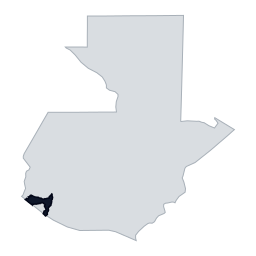 Retalhuleu, Retalhuleu, Guatemala shown in context
{"feature_id": "79465075B31149940203077", "entity_name": "Retalhuleu", "entity_type": "district", "adm_level": 2, "iso_a3": "GTM", "parent_name": "Guatemala", "parent_adm1": "Retalhuleu", "projection": "albers", "projection_center": [-91.907, 14.391], "detail": "fine", "context": "in_parent", "style": "filled", "palette": "ink", "viewbox_px": 256, "rotation_deg": 0, "n_neighbors": 0, "source": "geoboundaries", "source_scale": "gbopen_adm2", "svg_char_len": 5125}
<svg xmlns="http://www.w3.org/2000/svg" viewBox="0 0 256 256"><path d="M21.6,196.4L23.0,195.0L24.2,191.7L25.6,188.4L24.7,184.5L24.2,181.4L25.8,176.8L25.7,173.3L26.5,171.2L28.9,169.9L30.2,167.2L23.3,158.2L23.3,156.2L24.2,153.6L29.8,144.0L36.4,132.6L43.7,119.9L48.1,112.3L64.2,112.3L74.8,112.3L88.3,112.2L102.9,112.1L112.5,112.1L116.5,112.0L115.8,107.0L116.3,101.6L118.0,96.6L118.0,94.4L115.1,91.7L109.5,90.2L106.4,87.9L106.4,84.9L105.0,81.3L102.3,77.0L96.8,72.7L88.3,68.3L81.1,62.3L75.1,54.9L70.1,50.0L66.2,48.0L65.3,47.0L76.6,47.0L87.3,47.1L87.3,36.4L87.4,26.8L87.4,16.0L106.7,16.0L129.7,15.8L153.7,15.7L172.5,15.5L183.5,15.4L183.2,28.7L182.8,44.2L182.5,55.6L182.1,70.8L181.7,86.3L181.1,107.5L180.7,121.2L181.0,121.5L187.3,120.8L196.7,121.3L199.0,121.2L201.8,122.3L204.1,122.7L208.9,125.7L214.5,128.0L218.0,123.2L216.1,120.4L214.6,119.0L214.8,117.7L234.4,129.6L232.2,131.5L227.3,135.9L218.4,143.5L210.5,150.3L202.8,156.4L195.9,161.9L195.1,162.5L186.3,166.5L184.9,168.3L183.0,176.0L182.2,177.9L183.9,182.1L185.5,188.7L185.1,192.2L179.0,196.5L176.2,200.3L175.0,202.8L173.9,202.2L172.0,202.0L167.6,203.0L165.5,203.2L163.7,204.3L163.6,206.7L164.8,210.6L165.2,212.5L164.0,213.5L158.6,215.8L156.5,218.1L154.5,221.7L152.2,223.2L149.7,223.0L147.9,223.5L144.2,226.2L138.6,231.4L135.6,235.2L135.6,238.1L136.2,240.6L115.5,231.7L108.7,230.2L79.8,230.5L67.4,227.0L53.3,220.1L43.8,213.9L21.6,196.4Z" fill="#d9dde1" stroke="#a8b0b8" stroke-width="1"/><path d="M43.2,213.7L43.9,214.3L44.2,214.6L44.6,215.0L44.9,215.4L45.1,215.6L45.3,215.8L45.5,216.0L45.8,215.9L45.9,215.7L46.1,215.5L47.1,214.7L47.3,214.5L47.4,214.4L47.4,214.2L47.3,213.7L47.2,213.5L47.2,213.3L47.2,213.1L47.4,212.8L47.4,212.7L47.4,212.3L47.5,211.9L47.8,211.6L48.2,211.2L48.3,210.8L48.5,210.4L48.5,210.2L48.5,209.9L48.3,208.7L48.3,208.0L48.5,207.7L48.8,207.4L48.8,207.2L49.1,207.1L49.2,206.9L49.2,206.6L49.6,206.2L49.9,206.1L50.0,206.1L50.2,205.9L50.4,205.8L50.7,205.5L50.9,205.3L50.9,205.1L51.0,204.9L51.0,204.6L51.1,204.1L51.1,203.9L51.2,203.6L51.1,203.4L51.2,203.2L51.3,203.1L51.5,203.0L51.5,202.7L51.4,202.5L51.4,202.4L51.6,202.1L51.7,201.9L51.7,201.5L51.6,201.3L51.5,201.1L51.5,200.9L51.4,200.7L51.6,200.2L51.8,200.0L51.9,199.9L52.0,199.7L52.2,199.4L52.3,199.2L52.3,198.9L52.4,198.5L52.4,198.4L52.4,198.1L52.5,197.8L52.6,197.7L52.5,197.0L52.4,196.6L52.1,196.2L52.1,195.3L52.1,194.5L52.0,194.1L51.8,193.9L51.6,194.1L51.5,194.5L51.1,195.1L50.8,195.2L50.8,195.3L50.7,195.4L50.5,195.7L50.4,195.7L50.3,195.9L50.0,196.1L49.7,196.2L49.6,196.3L49.3,196.6L49.2,196.9L49.2,197.1L49.1,197.3L49.2,197.5L48.9,197.8L48.7,198.1L48.8,198.2L48.7,198.2L48.5,198.3L48.4,198.3L48.2,198.3L48.1,198.2L47.8,198.2L47.7,198.2L47.5,198.3L47.2,198.3L46.8,198.5L46.5,198.5L46.3,198.6L46.1,198.7L46.0,198.8L45.8,198.8L45.7,198.8L45.3,198.8L45.1,198.8L45.0,198.7L44.9,198.7L44.7,198.7L44.6,198.8L44.5,199.2L44.4,199.3L44.2,199.2L43.9,199.1L43.7,199.2L43.3,199.2L43.1,199.3L43.0,199.1L42.8,199.1L42.5,199.0L42.3,199.0L41.9,198.7L41.6,198.6L41.2,198.5L41.1,198.4L41.0,198.1L40.8,198.1L40.6,198.1L40.3,198.4L40.2,198.5L39.7,198.3L38.7,197.5L38.3,197.3L37.7,197.2L37.4,197.3L37.0,197.3L36.7,197.3L35.8,197.0L35.3,197.0L34.8,197.0L34.6,196.9L34.4,196.8L33.8,196.4L33.5,196.3L33.1,196.3L32.9,196.2L32.4,195.7L32.1,195.6L31.8,195.5L31.5,195.3L31.3,195.4L31.2,195.4L31.2,195.5L30.9,195.2L30.5,195.4L30.6,195.5L30.3,195.8L30.1,195.9L30.0,196.0L29.9,196.3L29.7,196.4L29.8,196.5L29.6,196.5L29.4,196.7L29.5,196.7L29.5,196.8L29.4,196.8L29.2,196.9L28.9,196.9L29.0,197.0L28.8,197.2L28.7,197.2L28.6,197.4L28.6,197.6L28.7,197.8L28.5,198.1L28.5,198.3L28.3,198.4L28.4,198.5L28.4,198.8L28.2,198.7L28.0,198.8L27.9,198.7L27.7,198.7L27.3,198.5L27.2,198.5L26.9,198.4L26.8,198.6L26.7,198.5L26.5,198.8L26.5,199.0L26.6,199.3L26.5,199.2L26.4,199.2L26.4,199.3L26.2,199.3L26.1,199.5L26.1,199.4L25.9,199.2L25.8,199.3L25.8,199.5L25.8,199.4L25.6,199.4L25.6,199.5L25.4,199.6L26.5,200.4L26.8,200.7L27.1,200.8L27.5,201.2L27.7,201.4L28.2,201.8L28.6,202.2L28.8,202.3L29.5,202.8L30.1,203.3L30.8,203.8L31.1,204.1L32.0,204.7L32.1,204.8L32.1,204.7L31.7,204.4L31.8,204.3L32.3,204.2L32.5,204.1L32.9,204.3L33.2,204.4L33.3,204.4L33.5,204.3L33.6,204.2L33.8,204.3L34.1,204.2L34.3,204.0L34.5,204.0L35.0,203.9L35.2,204.0L35.5,204.1L35.8,204.0L36.0,204.1L36.3,204.0L36.5,204.1L36.8,203.9L37.0,203.8L37.2,203.7L37.4,203.8L37.6,203.9L37.8,203.8L37.9,203.7L38.0,203.5L38.3,203.6L38.5,203.7L38.8,203.5L39.0,203.5L39.3,203.5L39.6,203.4L39.8,203.4L39.9,203.5L40.0,203.5L40.0,203.4L40.2,203.2L40.3,203.0L40.6,203.0L40.8,203.0L41.0,202.9L41.3,202.8L41.5,202.9L41.7,202.7L41.8,202.6L42.1,202.8L42.4,202.6L42.6,202.5L42.8,202.6L43.0,202.9L43.3,203.0L43.5,203.1L43.7,203.4L43.8,203.6L44.4,204.0L44.7,204.2L44.8,204.2L45.4,204.7L45.4,204.8L45.3,205.1L45.2,205.2L44.8,205.4L44.5,205.8L44.4,205.9L44.4,206.0L44.6,206.4L44.6,206.7L44.7,206.8L45.1,206.9L45.2,207.0L45.4,207.1L45.2,207.4L45.2,207.6L45.6,208.4L45.8,208.7L45.9,209.2L46.0,209.4L46.0,209.6L45.9,209.9L45.8,210.1L45.7,210.3L45.2,210.7L44.9,210.8L44.7,210.9L44.4,211.0L44.2,211.0L44.0,211.4L43.9,211.7L43.8,212.1L43.7,212.6L43.5,213.2L43.2,213.7Z" fill="#0f172a" stroke="#020617" stroke-width="1.5"/></svg>